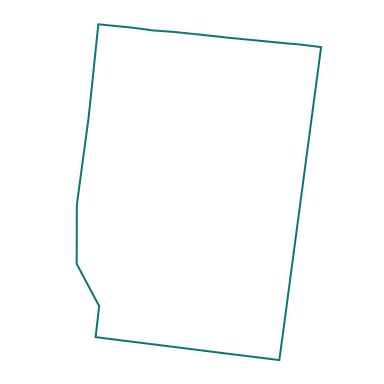 the district of Hardeman, Tennessee, United States of America, rotated 186°
{"feature_id": "52423323B34509746924407", "entity_name": "Hardeman", "entity_type": "district", "adm_level": 2, "iso_a3": "USA", "parent_name": "United States of America", "parent_adm1": "Tennessee", "projection": "equal_earth", "projection_center": [-88.961, 35.213], "detail": "fine", "context": "isolated", "style": "outline", "palette": "teal", "viewbox_px": 384, "rotation_deg": 186, "n_neighbors": 0, "source": "geoboundaries", "source_scale": "gbopen_adm2", "svg_char_len": 420}
<svg xmlns="http://www.w3.org/2000/svg" viewBox="0 0 384 384"><g transform="rotate(186 192 192)"><path d="M305.2,167.2L299.2,108.5L272.4,68.8L272.7,37.6L244.7,37.0L143.9,35.0L87.6,34.0L86.8,59.7L79.1,337.1L78.8,349.6L101.3,350.0L111.0,349.7L172.2,349.2L177.3,349.3L227.3,349.3L248.1,348.6L267.7,349.2L282.9,349.1L302.7,349.0L302.6,300.5L302.6,255.5L305.2,167.2Z" fill="none" stroke="#0f766e" stroke-width="2"/></g></svg>